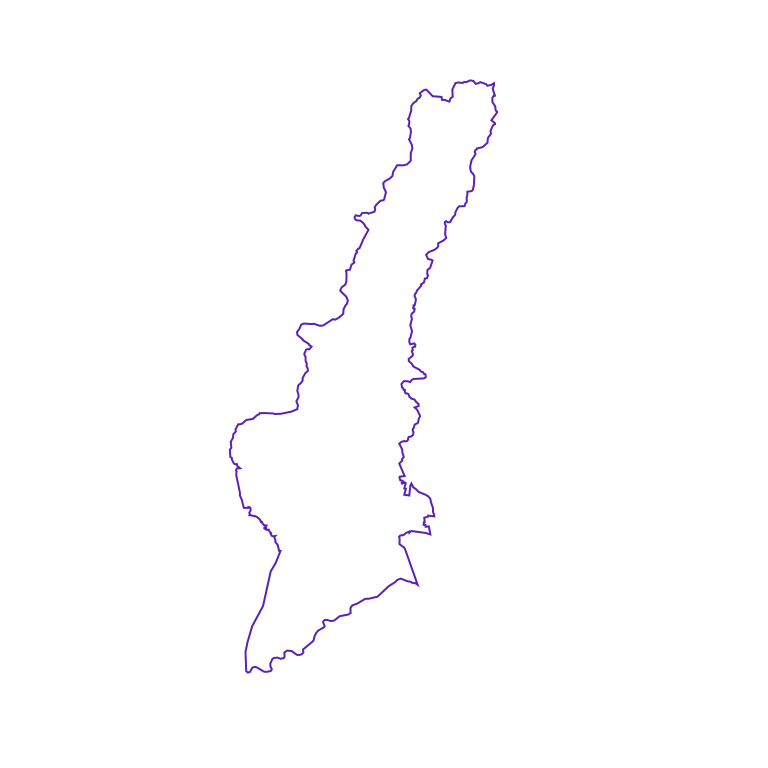 Borlesti, Neamt, Romania (orthographic projection), rotated 115°
{"feature_id": "2599482B55744417226564", "entity_name": "Borlesti", "entity_type": "district", "adm_level": 2, "iso_a3": "ROU", "parent_name": "Romania", "parent_adm1": "Neamt", "projection": "orthographic", "projection_center": [26.427, 46.78], "detail": "fine", "context": "isolated", "style": "outline", "palette": "violet", "viewbox_px": 768, "rotation_deg": 115, "n_neighbors": 0, "source": "geoboundaries", "source_scale": "gbopen_adm2", "svg_char_len": 6134}
<svg xmlns="http://www.w3.org/2000/svg" viewBox="0 0 768 768"><g transform="rotate(115 384 384)"><path d="M482.1,499.1L487.8,499.4L489.7,498.2L493.2,499.3L496.7,498.1L501.0,498.5L506.4,495.4L508.5,495.9L513.9,493.1L515.1,492.4L515.3,490.7L516.8,489.9L519.5,486.4L519.6,484.8L518.7,483.7L520.3,482.3L521.2,478.8L522.9,481.8L525.0,481.6L525.5,480.7L528.9,479.5L543.6,468.5L545.9,467.5L548.9,464.1L555.5,458.7L553.8,454.9L553.1,455.1L552.6,454.5L552.6,453.0L554.7,451.5L557.6,451.7L558.7,450.5L559.8,450.5L558.9,447.7L558.7,445.5L558.2,445.2L558.2,443.3L559.2,439.3L560.3,438.1L560.4,437.2L561.0,437.1L560.7,436.1L561.7,435.3L562.6,433.1L562.3,432.2L562.7,431.2L562.1,430.7L563.3,430.4L564.5,431.0L564.6,431.7L565.4,431.5L565.6,430.7L565.0,429.6L565.8,429.1L564.8,426.9L565.5,426.7L566.8,423.4L567.5,423.6L569.0,421.5L568.9,420.0L567.8,418.4L569.0,418.8L571.9,416.1L572.9,415.9L575.0,412.1L579.5,408.6L579.0,407.3L592.2,406.5L601.6,407.5L636.3,399.8L659.4,401.1L675.6,398.6L685.3,396.3L702.4,387.6L703.1,385.4L701.6,383.8L696.6,383.4L694.9,381.5L694.6,379.6L695.4,371.1L694.6,368.9L692.0,365.4L690.0,365.1L687.8,367.7L685.4,368.9L680.2,368.9L678.8,367.9L677.0,365.0L676.7,361.5L674.8,359.0L673.4,358.8L669.5,360.8L666.5,359.1L665.1,354.8L666.2,348.7L666.0,347.2L663.9,344.5L661.4,343.6L658.8,345.2L647.7,339.9L645.7,339.5L642.1,340.3L638.0,340.2L635.4,339.5L629.6,335.4L628.5,335.4L625.7,338.5L623.9,338.5L623.0,338.0L621.9,336.1L621.4,332.5L620.6,330.7L619.2,329.0L613.2,326.1L608.0,318.9L605.6,317.5L602.0,319.4L600.2,319.7L598.0,319.1L594.1,315.3L586.6,310.2L585.0,307.0L579.6,300.1L565.1,294.2L558.6,290.0L555.9,289.2L553.3,286.5L552.8,278.9L551.9,276.3L552.3,274.5L551.3,271.5L551.8,268.6L524.7,295.2L523.8,296.4L522.6,302.3L517.3,304.6L516.1,305.8L514.5,305.2L512.3,302.2L509.9,301.2L507.2,298.9L508.2,298.2L505.7,297.2L501.4,283.3L500.7,278.4L494.1,283.2L495.8,285.9L494.3,286.8L494.9,288.6L492.2,289.4L491.8,288.8L488.2,291.0L485.7,288.1L484.6,288.4L482.7,282.5L481.8,282.9L479.1,285.6L475.9,287.0L471.3,291.5L468.5,293.4L467.1,296.7L466.8,299.7L467.2,307.1L465.8,310.6L465.2,313.9L462.6,317.1L464.7,317.2L474.4,314.0L475.8,318.8L469.7,319.9L470.1,321.5L464.6,322.4L464.5,323.1L465.2,324.2L466.7,325.5L466.1,326.2L464.1,325.4L463.9,327.2L464.5,328.4L462.3,330.5L461.3,330.5L458.7,326.4L449.6,336.6L445.8,335.1L444.5,335.9L441.9,335.2L438.0,338.6L435.6,339.9L431.6,345.0L429.3,343.9L427.1,341.6L426.9,340.0L426.0,339.1L424.1,338.6L422.9,339.3L421.4,339.1L420.3,337.3L417.8,336.1L415.1,337.0L413.9,338.5L412.4,338.9L411.5,338.5L407.9,339.0L404.7,336.8L401.0,337.8L397.8,337.7L393.3,343.1L392.3,346.3L389.3,343.3L387.5,344.2L386.8,347.1L385.2,349.8L385.7,353.3L385.1,354.0L384.9,355.6L382.8,357.5L382.7,358.8L383.4,360.1L382.5,361.7L380.5,362.6L381.0,363.7L379.5,365.3L379.4,366.3L376.6,368.2L372.9,367.1L371.5,363.5L371.2,361.1L368.3,360.5L367.0,359.3L361.9,350.0L360.2,349.0L357.7,350.5L357.9,352.2L356.8,353.4L357.1,355.6L356.1,357.6L355.7,364.9L354.2,366.9L352.7,371.2L350.9,372.2L346.2,370.0L344.6,370.5L342.5,372.7L341.1,372.3L339.4,373.5L337.9,373.0L337.1,371.6L335.4,372.0L334.4,373.7L336.9,376.9L335.2,378.9L332.3,380.0L330.5,379.7L324.3,380.9L319.7,385.0L313.2,386.2L310.9,388.1L308.7,388.6L305.8,387.3L303.2,387.8L302.8,388.2L303.2,389.2L302.8,389.8L301.3,389.7L300.3,390.5L299.4,389.5L294.8,390.5L293.1,391.4L291.5,393.4L289.5,394.0L287.5,393.3L285.6,393.7L279.2,391.8L278.0,392.5L275.1,390.7L271.2,391.5L270.0,389.8L266.9,390.0L266.0,391.4L262.2,392.8L259.4,391.3L251.6,392.1L251.3,393.4L252.1,396.9L249.1,400.4L245.6,399.2L241.1,395.0L237.5,393.1L235.9,393.2L233.7,394.4L228.7,390.7L225.3,389.3L222.5,391.9L214.4,394.9L212.8,396.8L211.3,397.3L210.2,396.6L210.5,394.6L209.4,392.5L203.8,392.0L200.7,391.0L197.9,391.9L193.3,391.7L191.2,391.0L188.8,386.2L186.0,386.5L184.0,385.9L180.1,387.9L177.5,388.3L174.5,389.7L172.1,386.1L170.5,385.5L165.7,386.6L157.5,390.0L155.8,392.2L155.0,394.6L153.6,396.0L150.3,397.9L144.3,399.2L137.4,398.2L136.6,398.4L135.4,399.9L133.3,400.0L132.4,399.2L131.3,399.4L127.6,394.7L121.6,392.2L117.2,393.8L112.0,392.8L109.7,394.4L103.9,394.6L101.5,393.2L100.8,393.6L99.6,398.1L90.1,396.3L89.3,396.8L89.2,397.7L88.0,399.1L85.5,400.4L82.5,405.0L78.9,406.7L76.4,406.5L76.2,405.4L75.8,405.3L70.4,410.3L66.7,410.6L64.9,411.4L67.8,413.4L70.0,416.4L69.1,418.1L69.7,424.3L71.7,425.7L73.2,427.8L71.6,431.1L72.4,434.2L75.9,437.3L76.3,439.0L77.9,439.9L79.4,444.2L81.1,446.4L88.3,446.5L94.7,443.1L97.1,444.4L100.5,444.1L100.9,449.2L102.0,451.5L99.5,453.2L102.6,461.5L99.3,470.1L100.6,471.9L105.4,474.5L106.9,472.6L109.5,472.7L111.3,474.1L113.9,474.3L117.3,476.2L120.7,476.7L124.7,474.9L132.6,473.8L133.7,474.2L134.9,472.2L138.2,470.9L139.7,471.0L141.2,468.0L143.9,466.2L150.0,464.5L151.7,464.8L155.3,460.0L158.6,457.8L163.3,457.4L170.4,454.1L175.3,456.0L177.6,458.8L180.2,464.5L188.2,465.4L191.7,464.2L195.5,465.7L199.6,468.7L202.2,469.6L206.1,467.2L209.3,463.3L216.6,461.9L217.6,462.1L219.5,464.7L224.7,466.7L227.6,467.2L229.3,465.8L231.9,465.5L236.2,470.1L235.8,471.1L237.8,475.4L238.4,476.1L241.2,476.4L242.2,477.4L243.2,481.0L245.2,481.2L246.3,480.5L247.1,479.0L247.0,477.2L245.9,474.6L246.9,470.8L248.2,468.3L249.0,467.7L250.9,463.2L261.2,463.9L271.5,463.6L272.1,464.5L275.1,465.2L276.1,464.0L277.9,464.7L285.2,463.7L286.4,462.2L289.5,463.9L294.8,463.2L297.1,466.3L297.7,466.2L299.6,464.7L307.1,461.4L310.4,461.1L314.3,463.2L317.2,463.3L318.1,462.9L320.8,455.1L323.7,452.0L326.8,451.5L329.5,452.2L333.5,452.2L337.7,450.6L343.1,453.0L346.3,455.4L346.8,457.7L356.7,463.9L358.4,466.8L359.0,472.9L360.1,474.5L363.0,482.0L365.0,484.1L370.0,484.0L373.7,484.8L376.2,483.1L377.8,476.7L378.5,476.2L379.5,469.1L380.2,468.6L380.7,465.5L384.1,466.4L384.9,468.3L385.8,469.1L389.9,469.0L390.8,468.8L392.6,466.6L396.5,464.6L398.0,462.7L400.9,461.6L401.7,460.1L404.2,458.5L407.4,459.9L412.8,460.3L415.2,459.2L417.5,459.5L421.4,461.1L426.8,459.7L430.0,456.9L432.1,455.9L436.7,456.1L439.8,452.9L443.5,452.0L448.2,456.3L454.6,464.9L457.3,470.2L457.4,471.6L460.8,480.0L463.1,484.5L464.1,484.3L465.7,485.8L471.1,488.1L474.8,493.6L479.9,495.8L481.5,497.6L482.1,499.1Z" fill="none" stroke="#5b21b6" stroke-width="2"/></g></svg>